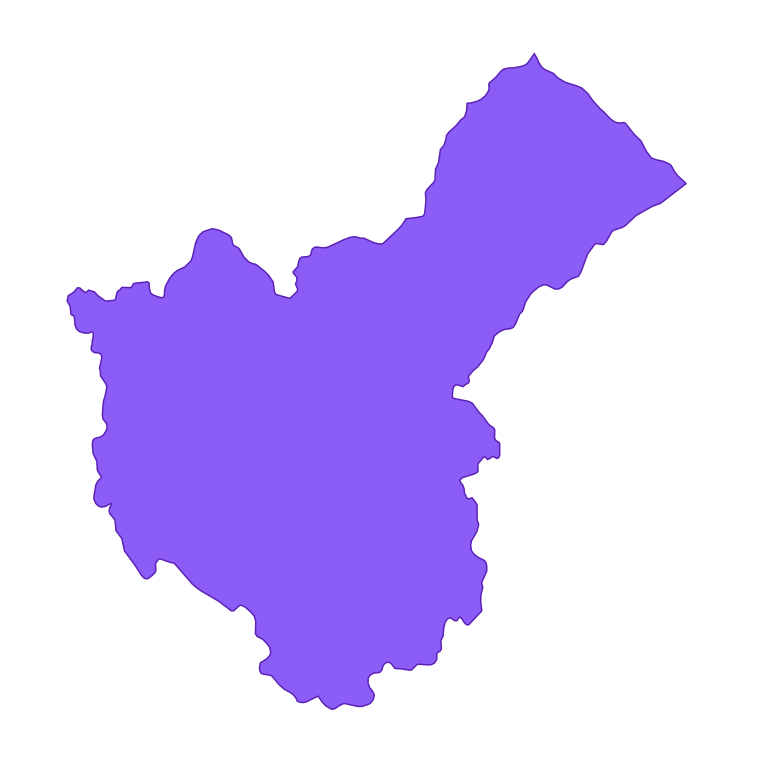 Quy Chau, Nghệ An, Vietnam (Robinson projection), rotated 177°
{"feature_id": "81297802B85029486143959", "entity_name": "Quy Chau", "entity_type": "district", "adm_level": 2, "iso_a3": "VNM", "parent_name": "Vietnam", "parent_adm1": "Nghệ An", "projection": "robinson", "projection_center": [105.091, 19.537], "detail": "fine", "context": "isolated", "style": "filled", "palette": "violet", "viewbox_px": 768, "rotation_deg": 177, "n_neighbors": 0, "source": "geoboundaries", "source_scale": "gbopen_adm2", "svg_char_len": 6120}
<svg xmlns="http://www.w3.org/2000/svg" viewBox="0 0 768 768"><g transform="rotate(177 384 384)"><path d="M286.3,660.0L287.2,652.6L288.9,647.9L289.9,646.2L293.5,643.7L298.5,638.2L305.9,632.2L308.6,628.9L309.4,624.8L311.7,619.2L315.4,615.2L318.0,602.1L321.3,595.9L322.5,584.6L324.4,582.2L330.7,576.2L332.4,573.4L332.7,571.8L332.4,565.6L334.2,553.6L334.8,551.5L336.2,549.5L343.3,548.5L353.3,547.9L358.2,541.2L361.5,538.0L377.2,524.7L378.6,524.0L382.1,524.2L386.9,525.7L396.5,530.7L399.9,530.9L404.8,532.5L408.0,532.5L410.4,532.2L417.1,530.0L433.5,523.4L438.0,523.2L444.6,524.4L446.8,523.8L448.5,522.5L449.3,520.9L450.5,516.4L453.5,515.2L459.6,515.0L461.6,513.7L463.0,509.9L463.9,505.9L468.9,500.8L468.7,499.3L466.0,495.9L465.5,494.7L465.5,492.3L467.1,488.4L465.5,484.1L465.3,482.4L466.1,480.9L472.6,475.1L474.6,474.7L486.5,478.8L487.7,479.5L488.6,482.0L489.4,491.7L493.6,498.6L496.9,502.4L504.2,508.9L506.1,510.3L508.8,511.0L512.7,513.0L516.7,517.5L517.5,518.6L521.3,526.3L522.5,527.6L527.1,530.4L527.6,531.2L528.7,538.0L530.7,540.6L540.6,546.2L546.5,547.9L548.1,547.9L556.7,545.5L560.1,542.8L561.8,540.6L564.6,535.2L568.5,521.1L570.3,517.1L576.6,511.4L583.9,508.5L587.0,506.5L589.9,503.8L592.8,500.2L596.8,493.7L598.2,489.3L598.6,484.7L599.3,482.9L600.3,481.9L602.2,481.9L605.0,482.9L609.3,484.6L611.6,486.3L612.5,487.7L613.2,491.0L613.3,496.9L613.8,497.8L614.8,498.4L628.1,497.6L629.2,497.0L630.9,493.9L632.2,493.5L640.6,494.2L643.0,491.6L644.2,491.2L646.0,489.1L647.6,482.8L648.2,482.0L648.9,481.8L657.0,481.3L658.2,481.7L664.9,487.0L668.5,491.2L674.2,493.2L676.0,491.3L677.2,491.2L679.5,492.5L682.7,495.8L684.5,496.1L685.2,496.0L688.9,492.0L694.6,488.7L694.9,488.1L696.1,483.6L693.3,477.8L693.0,470.6L692.7,469.6L690.5,468.4L689.7,466.9L689.5,459.4L688.2,455.0L685.4,452.3L680.3,450.5L676.2,450.3L672.8,451.5L672.2,451.0L671.8,449.8L671.8,447.0L673.3,441.2L673.3,439.5L674.4,436.5L674.5,433.4L672.6,431.2L671.3,430.5L667.8,430.0L665.2,428.7L664.7,427.4L664.4,425.3L667.3,414.5L666.6,412.2L666.6,406.8L662.2,399.5L661.1,396.8L661.0,395.1L663.0,387.1L665.1,381.4L666.8,368.7L666.5,363.9L663.1,358.8L662.7,355.6L663.2,353.6L664.1,351.5L667.1,347.5L670.4,345.8L674.2,345.2L676.9,343.9L677.6,342.9L678.5,338.6L678.1,329.7L675.2,322.8L674.8,320.8L674.8,313.6L674.4,311.8L671.0,305.8L671.5,305.0L675.0,301.9L677.1,298.1L679.7,286.3L679.7,284.1L678.1,279.9L676.2,277.6L674.2,276.3L672.2,275.9L668.5,276.4L663.0,279.0L662.2,278.8L662.5,277.7L664.1,275.5L665.0,272.6L665.0,270.8L664.3,268.3L660.9,264.0L660.0,262.4L659.6,260.3L659.4,251.8L653.9,243.3L651.9,230.9L641.9,215.7L636.5,206.1L634.3,203.3L632.5,202.1L630.1,201.9L625.4,205.0L622.2,208.1L621.6,209.7L621.6,215.6L621.1,217.4L618.1,221.0L616.7,221.1L607.3,217.2L602.9,216.1L586.0,194.4L581.1,189.8L577.1,186.7L560.7,175.9L548.4,165.5L545.9,165.4L540.4,170.0L539.2,170.6L538.1,170.6L534.1,168.3L528.7,163.0L525.6,158.7L524.7,154.7L524.5,152.4L525.5,141.3L523.8,138.5L518.4,135.4L514.9,131.3L512.4,127.9L511.5,124.6L511.3,121.5L511.8,119.9L512.8,118.3L515.4,115.7L521.8,112.2L522.4,111.0L523.2,106.7L523.2,104.9L522.1,101.8L520.9,100.9L513.0,99.1L511.2,98.3L504.9,89.7L499.7,84.5L494.3,81.2L490.7,78.4L487.6,73.6L487.3,71.9L484.3,70.5L481.2,70.1L478.3,70.6L466.3,75.7L465.8,75.4L462.6,69.9L458.9,65.5L453.5,62.0L451.5,62.0L449.5,62.6L446.6,64.6L441.7,66.8L440.1,67.0L427.2,63.4L422.8,63.1L416.1,65.0L414.3,66.0L411.4,69.1L410.0,73.3L410.3,75.1L411.5,77.9L414.2,81.5L415.6,86.4L415.1,90.9L414.3,92.5L412.4,94.5L409.2,95.9L403.8,96.1L402.3,97.0L400.9,98.9L400.0,102.1L398.2,104.5L397.4,105.2L395.2,106.0L392.8,105.4L391.4,104.3L388.5,100.1L387.6,99.3L381.4,98.6L373.2,96.8L371.0,97.3L366.3,101.7L364.5,102.4L353.6,101.1L351.0,101.4L348.8,102.4L347.4,103.6L345.6,106.6L345.4,111.7L345.1,112.6L341.9,114.4L341.0,115.6L340.5,117.1L340.7,124.1L340.4,125.3L338.2,129.2L337.1,137.3L335.7,142.0L334.6,144.1L332.7,146.2L330.0,147.1L325.8,144.0L324.5,143.7L323.4,144.0L321.2,147.0L320.4,147.3L318.5,145.5L316.4,141.6L314.7,139.7L313.3,139.1L311.9,139.2L298.8,151.7L298.2,153.0L298.8,160.6L298.5,166.5L298.0,169.4L296.0,175.7L296.9,180.5L291.3,191.5L290.9,196.2L291.4,200.1L293.0,202.5L299.4,206.2L302.2,208.6L304.3,211.1L305.5,213.6L305.9,218.8L304.6,223.3L299.0,231.8L296.9,238.2L297.2,240.8L297.9,242.0L298.1,244.1L297.4,258.3L298.1,260.0L302.0,265.8L304.8,264.9L307.3,265.6L308.2,268.7L309.3,270.0L309.5,275.2L310.7,279.0L312.7,281.6L313.2,284.2L310.4,286.5L299.4,289.2L295.7,290.8L294.8,291.7L294.6,292.8L294.6,298.6L293.8,300.0L288.2,305.9L286.5,305.6L284.7,303.2L282.6,303.9L279.8,305.7L277.7,305.4L275.4,303.7L273.5,304.3L272.2,306.7L271.6,319.0L275.2,321.7L276.5,324.2L275.8,332.0L276.3,333.7L277.6,335.2L280.3,337.0L282.3,339.3L287.3,347.0L290.6,350.8L296.8,360.2L300.6,362.3L312.7,365.3L315.3,366.1L316.0,366.8L316.4,368.1L316.2,370.5L315.3,375.5L314.5,377.4L312.9,379.1L311.8,379.3L309.8,379.0L305.3,377.2L303.0,379.0L299.4,380.7L298.7,382.4L299.3,386.6L298.6,388.1L294.1,392.8L289.5,396.2L283.4,403.3L279.8,410.5L277.0,413.8L273.9,419.2L271.4,426.1L266.5,429.8L263.2,431.4L260.4,432.2L254.8,432.7L252.4,433.5L251.4,434.4L249.5,437.1L244.9,446.7L242.1,449.2L241.3,450.6L238.3,458.6L232.7,466.3L230.1,468.7L224.3,472.9L220.0,474.6L217.1,474.5L215.3,473.8L208.5,470.0L205.4,469.7L203.7,470.1L201.0,471.4L195.8,476.5L193.5,478.1L191.4,479.2L184.2,481.4L181.3,485.9L173.8,503.2L166.1,512.7L164.3,513.1L157.6,511.7L154.5,514.7L148.6,524.1L146.5,525.6L138.1,527.8L134.9,529.4L123.4,539.1L106.4,547.6L98.5,549.9L72.0,568.2L71.9,568.6L80.2,577.0L83.0,581.2L85.6,586.9L87.9,589.1L93.5,591.8L99.9,593.5L105.2,595.7L109.7,602.5L114.6,613.2L121.4,620.6L129.1,631.6L130.7,632.5L135.5,632.3L137.5,632.8L139.9,633.7L143.7,636.6L150.8,644.7L153.8,647.6L160.7,656.1L165.3,663.4L171.0,669.2L174.3,670.9L187.4,675.9L194.5,680.7L198.7,685.4L206.1,689.1L208.6,690.9L210.2,692.7L212.5,696.8L214.5,701.9L216.6,706.0L223.6,697.2L224.7,696.1L228.2,694.3L238.4,692.9L243.7,693.0L248.5,692.0L250.7,690.4L256.5,684.2L263.1,679.2L263.7,677.8L263.5,674.0L263.8,672.8L265.0,670.0L268.0,666.3L271.6,663.6L275.1,661.8L282.6,660.0L286.3,660.0Z" fill="#8b5cf6" stroke="#5b21b6" stroke-width="1.5"/></g></svg>